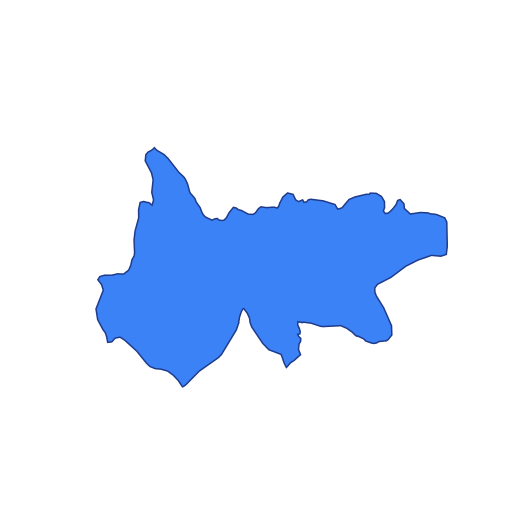 the border of Kogi, rotated 140°
{"feature_id": "NGA-2865", "entity_name": "Kogi", "entity_type": "State", "adm_level": 1, "iso_a3": "NGA", "parent_name": "Nigeria", "parent_adm1": "", "projection": "orthographic", "projection_center": [6.621, 7.634], "detail": "fine", "context": "isolated", "style": "filled", "palette": "blue", "viewbox_px": 512, "rotation_deg": 140, "n_neighbors": 0, "source": "natural_earth", "source_scale": "10m", "svg_char_len": 2733}
<svg xmlns="http://www.w3.org/2000/svg" viewBox="0 0 512 512"><g transform="rotate(140 256 256)"><path d="M396.4,203.0L395.6,210.8L396.0,217.9L397.7,224.7L401.7,230.6L405.6,234.5L408.2,239.4L408.8,244.2L408.5,259.8L410.7,276.0L412.3,281.2L416.6,283.6L421.7,282.9L425.1,285.2L422.4,290.0L420.8,293.9L420.5,298.2L418.2,309.0L412.6,318.3L394.9,328.0L392.7,333.4L392.4,339.5L388.8,340.6L384.5,338.7L378.7,333.9L373.6,331.4L369.1,327.3L362.6,327.0L357.7,329.5L353.4,332.9L349.2,334.4L346.8,336.7L339.1,346.7L332.5,352.9L321.3,360.7L316.2,366.9L310.3,371.5L307.0,370.0L304.8,366.8L303.9,366.0L303.3,364.1L303.3,362.9L302.9,361.8L298.5,364.7L294.9,371.8L285.8,380.5L282.6,386.9L279.7,400.1L275.3,404.4L271.9,405.0L268.4,404.2L265.4,404.1L264.2,404.3L264.2,402.4L263.9,400.4L261.2,392.8L260.7,387.0L261.3,369.8L260.5,362.7L260.7,360.4L262.1,355.2L265.6,347.7L265.9,346.5L265.8,340.5L265.9,339.1L267.1,335.9L267.7,329.0L269.4,324.0L269.9,321.5L269.7,318.9L269.4,317.7L267.2,313.0L266.9,311.9L263.4,310.8L261.6,309.7L261.2,307.4L259.7,305.5L257.7,304.0L254.2,304.3L248.7,306.5L242.0,307.8L240.2,305.2L239.7,302.7L237.9,300.3L234.9,292.8L231.5,289.8L228.7,289.4L223.7,290.7L220.6,290.5L216.8,286.2L212.4,283.1L210.4,281.4L209.0,279.1L206.4,279.6L203.7,281.3L197.5,283.9L191.3,284.0L188.0,279.4L189.5,273.5L188.5,270.4L184.2,269.0L184.7,266.3L182.4,264.9L179.8,265.4L177.5,264.2L169.1,255.1L162.4,244.7L163.3,239.4L159.3,237.6L148.5,239.5L142.4,237.7L132.0,232.5L129.8,230.6L128.0,230.7L123.6,226.7L121.6,220.9L122.6,215.2L126.5,210.3L129.5,208.6L129.7,205.6L127.7,204.1L125.2,203.8L120.3,204.3L115.5,205.4L111.8,207.5L109.3,206.6L109.1,200.9L111.8,197.1L110.8,189.0L101.9,183.5L96.5,178.4L95.2,176.0L92.9,173.9L90.9,171.5L86.9,163.9L88.0,159.4L103.3,140.4L109.2,134.9L114.5,137.0L121.2,143.7L134.6,148.8L147.8,151.9L166.3,152.9L181.0,156.2L185.4,155.3L188.1,152.0L189.5,148.1L191.5,134.2L197.0,115.5L202.7,108.2L208.6,107.0L210.9,107.3L211.8,108.1L216.8,111.4L219.5,111.9L221.6,113.0L223.3,114.8L226.6,120.4L226.7,122.8L227.0,123.9L229.0,128.1L229.3,129.2L230.1,129.4L230.6,130.5L230.9,131.7L231.2,135.7L232.9,142.2L236.0,148.4L237.0,149.0L250.2,159.0L251.8,160.8L257.0,169.2L262.0,174.6L263.7,175.4L263.8,176.1L265.7,177.9L266.1,178.7L268.4,176.4L269.3,172.8L270.8,169.5L272.5,168.1L274.4,169.2L275.0,167.0L274.7,164.0L276.8,161.9L279.6,160.9L283.5,157.1L285.3,151.8L293.5,151.5L298.4,152.0L303.2,151.2L304.4,151.1L303.3,155.7L300.0,164.4L306.4,175.9L307.0,184.7L304.9,204.5L303.3,208.8L300.9,212.6L299.4,218.0L299.2,223.6L300.3,223.9L303.4,222.6L308.0,219.7L310.6,217.4L311.6,216.9L311.7,216.2L318.6,212.0L345.6,202.8L350.0,202.3L373.5,204.3L392.4,202.5L394.7,202.6L396.4,203.0Z" fill="#3b82f6" stroke="#1e3a8a" stroke-width="1.5"/></g></svg>